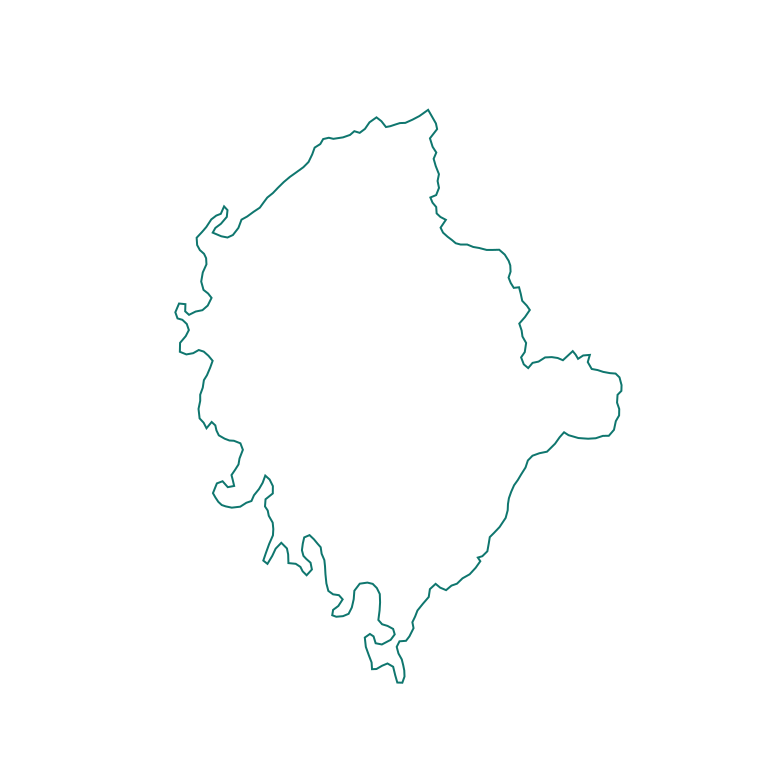 the district of Bocaina do Sul, Santa Catarina, Brazil, rotated 203°
{"feature_id": "56859067B6752568486207", "entity_name": "Bocaina do Sul", "entity_type": "district", "adm_level": 2, "iso_a3": "BRA", "parent_name": "Brazil", "parent_adm1": "Santa Catarina", "projection": "equal_earth", "projection_center": [-49.911, -27.76], "detail": "fine", "context": "isolated", "style": "outline", "palette": "teal", "viewbox_px": 768, "rotation_deg": 203, "n_neighbors": 0, "source": "geoboundaries", "source_scale": "gbopen_adm2", "svg_char_len": 4246}
<svg xmlns="http://www.w3.org/2000/svg" viewBox="0 0 768 768"><g transform="rotate(203 384 384)"><path d="M494.6,231.4L499.0,227.2L498.8,216.7L494.9,213.7L490.5,210.8L486.1,209.2L481.9,209.5L475.8,210.7L468.4,214.9L464.3,220.9L460.3,224.5L460.2,230.8L458.0,238.5L457.1,245.7L457.5,253.3L452.0,251.4L446.4,246.6L443.6,239.8L448.0,231.6L445.7,224.8L441.6,222.1L438.6,217.7L432.3,212.9L429.2,207.2L427.1,201.3L427.2,191.8L426.7,182.5L426.1,174.3L421.0,172.9L419.7,182.1L419.4,190.1L416.5,197.7L409.1,194.7L405.6,189.6L402.0,181.8L395.0,184.0L389.5,183.0L385.7,179.8L380.5,177.7L377.9,185.1L381.8,190.8L387.2,192.6L391.0,194.3L394.6,198.9L396.4,205.4L397.5,211.6L393.5,215.8L387.9,213.7L382.3,210.8L378.5,209.0L375.1,203.4L370.1,198.6L367.1,193.2L363.6,186.1L359.1,177.9L354.4,171.8L348.7,170.5L343.0,172.0L337.9,169.6L339.3,161.8L342.6,156.2L341.3,150.9L337.0,151.1L331.0,154.3L326.8,158.6L326.3,165.7L327.8,174.1L330.5,182.1L328.3,190.7L321.7,194.7L316.3,195.6L310.9,193.4L305.8,189.0L302.3,181.5L299.6,173.9L297.0,164.6L291.9,162.1L286.2,162.7L279.9,162.1L276.3,157.7L277.9,151.1L284.2,143.4L290.4,142.1L295.0,147.6L299.3,148.4L302.6,143.1L298.0,134.9L292.0,128.4L286.6,122.8L283.6,116.8L279.6,118.7L275.6,124.0L271.6,128.1L265.1,127.3L259.8,120.2L255.1,114.4L250.4,116.2L250.8,122.7L253.4,128.2L256.4,132.6L260.0,137.4L265.4,141.6L269.6,147.0L269.2,153.2L263.4,156.2L262.0,161.6L261.4,170.8L264.8,175.8L264.5,182.1L264.7,188.6L262.3,197.0L259.6,205.4L261.6,213.1L258.4,220.2L252.7,218.5L246.3,218.5L243.1,224.8L238.8,228.7L235.8,235.8L230.8,242.3L227.8,250.7L226.1,258.5L229.8,260.9L226.2,263.9L223.5,270.4L225.2,277.9L226.8,284.4L224.6,289.8L221.7,297.6L219.7,308.3L220.8,316.1L223.0,322.0L224.4,327.7L224.8,334.4L224.7,341.6L223.3,347.9L222.4,354.5L221.1,362.5L221.7,369.8L219.3,376.0L213.9,381.0L207.5,385.4L203.2,395.9L201.5,403.7L199.4,409.9L194.1,409.0L188.4,409.7L184.0,410.2L179.6,411.7L174.7,413.4L167.9,416.8L162.2,421.8L156.8,424.2L154.4,431.7L156.1,440.4L155.3,446.9L157.7,452.9L162.2,457.9L164.8,465.3L162.8,470.4L164.9,475.8L169.8,482.1L174.9,484.1L180.2,482.3L187.0,480.8L192.8,480.3L198.7,479.0L205.0,483.8L205.9,491.2L211.8,488.1L215.2,483.0L219.1,485.9L223.1,488.0L228.6,475.8L234.3,475.8L240.1,474.3L246.1,471.4L250.5,465.0L255.5,461.5L257.5,455.0L263.0,456.7L268.2,462.1L266.9,468.4L269.2,477.3L275.1,481.8L278.2,487.0L283.1,492.5L280.4,500.7L278.7,509.1L283.1,511.9L289.3,514.6L293.4,520.5L297.5,525.8L302.1,523.2L306.8,526.5L310.9,530.6L311.4,536.9L314.1,542.5L317.4,546.1L323.4,550.3L330.4,552.6L336.1,550.0L342.0,547.5L349.5,546.4L355.4,545.0L361.8,544.9L368.0,542.3L373.0,541.6L377.8,543.1L383.0,544.4L388.8,546.4L393.0,550.0L391.2,559.3L397.3,559.8L402.2,561.6L405.1,567.3L410.2,569.9L414.2,573.8L409.8,578.3L410.0,586.0L414.0,591.8L415.4,598.6L421.6,604.9L426.3,610.7L426.3,617.5L431.9,621.3L437.7,628.1L434.7,639.4L438.0,644.1L443.9,648.6L450.5,653.6L456.1,644.5L461.1,638.4L466.4,632.7L471.3,630.4L474.7,627.5L478.9,623.8L482.6,621.3L489.1,624.9L495.1,626.5L499.6,619.2L501.2,611.4L504.5,605.7L510.1,605.1L512.6,600.0L518.1,595.0L526.4,589.9L531.0,589.1L535.7,585.7L536.4,580.0L540.2,574.5L539.8,567.3L540.2,558.9L542.9,552.1L547.6,544.3L551.6,537.8L555.2,530.7L558.3,523.2L560.9,516.3L564.3,510.0L565.7,504.3L567.2,497.8L571.3,491.6L575.4,484.7L579.4,479.6L579.0,470.8L581.3,462.1L585.3,457.7L591.5,456.4L596.4,456.4L600.8,456.4L600.2,461.8L596.7,467.8L594.0,476.4L596.0,482.9L600.6,485.0L600.7,476.9L604.2,473.5L607.3,468.0L608.9,459.1L610.9,452.8L613.6,445.4L610.3,438.9L605.8,435.3L600.5,433.5L596.9,430.3L594.2,424.8L594.4,415.9L592.3,406.9L586.9,400.1L581.3,398.6L576.4,395.9L576.9,387.3L580.0,381.0L585.7,377.1L590.5,371.5L595.4,373.2L598.0,379.9L604.1,378.0L604.1,368.5L599.7,363.7L594.7,364.3L589.0,362.2L584.7,357.4L585.2,350.6L587.8,342.2L584.5,333.9L577.5,334.0L571.7,337.8L567.8,342.9L562.6,343.4L556.6,341.4L550.8,338.4L550.4,331.2L550.4,322.9L551.3,317.2L549.4,309.8L549.0,302.3L546.6,296.7L545.0,288.6L540.3,280.3L534.9,277.9L530.1,273.9L527.8,281.7L523.1,280.0L520.1,275.8L516.0,272.2L509.3,271.4L504.2,271.6L500.0,273.1L493.0,273.3L488.2,268.3L487.9,259.0L486.5,253.1L487.6,246.5L488.8,240.6L485.6,236.4L482.1,231.6L487.5,228.0L494.6,231.4Z" fill="none" stroke="#0f766e" stroke-width="2"/></g></svg>